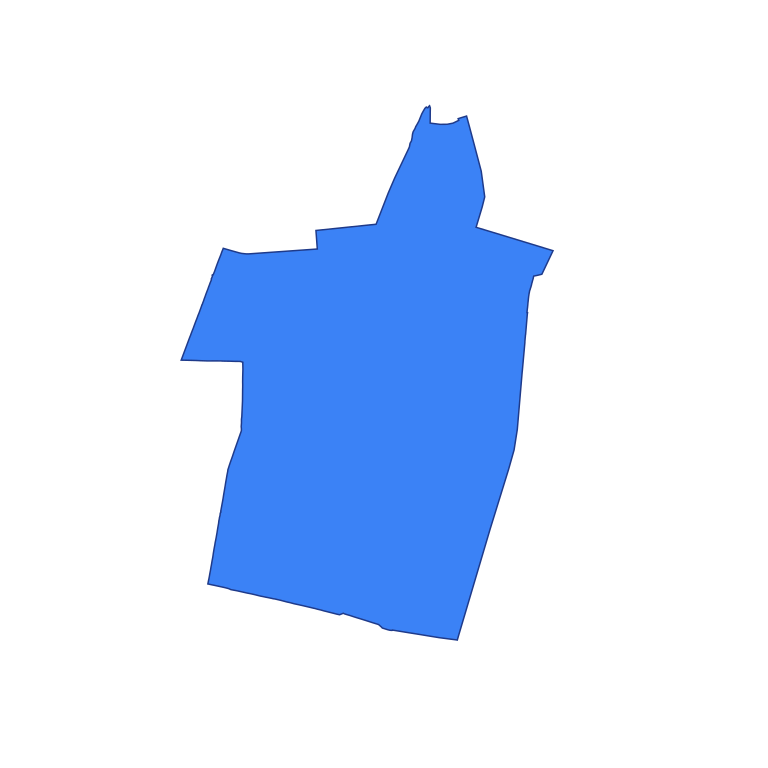 Gostavatu, Olt, Romania (orthographic projection), rotated 306°
{"feature_id": "2599482B62335692656317", "entity_name": "Gostavatu", "entity_type": "district", "adm_level": 2, "iso_a3": "ROU", "parent_name": "Romania", "parent_adm1": "Olt", "projection": "orthographic", "projection_center": [24.506, 44.061], "detail": "fine", "context": "isolated", "style": "filled", "palette": "blue", "viewbox_px": 768, "rotation_deg": 306, "n_neighbors": 0, "source": "geoboundaries", "source_scale": "gbopen_adm2", "svg_char_len": 4227}
<svg xmlns="http://www.w3.org/2000/svg" viewBox="0 0 768 768"><g transform="rotate(306 384 384)"><path d="M219.9,593.8L222.7,592.8L224.6,592.1L329.4,555.0L388.1,535.0L390.0,534.3L407.1,528.0L425.1,518.8L426.0,518.3L475.0,488.7L475.9,488.2L500.2,473.7L501.2,473.0L502.7,472.1L504.0,471.3L505.4,470.5L506.5,469.8L507.2,469.5L524.4,459.1L526.1,458.2L525.8,457.7L528.7,456.0L530.2,455.2L531.9,454.2L532.9,453.6L534.2,452.8L534.9,452.4L536.0,451.8L537.7,450.8L538.4,450.4L539.3,449.9L540.0,449.5L541.0,449.0L542.1,448.4L543.2,447.9L544.1,447.5L545.0,447.0L546.0,446.8L547.3,446.3L548.6,445.9L550.0,445.4L550.8,445.1L552.1,444.5L553.5,444.0L555.0,443.4L555.9,443.1L557.0,442.7L558.1,442.2L558.4,442.0L559.3,441.7L561.7,443.9L564.4,446.2L565.6,447.2L578.4,444.8L591.2,442.4L588.4,434.3L567.7,374.4L564.9,366.4L584.9,359.4L594.6,355.5L613.3,337.6L630.6,316.4L643.1,301.0L649.3,293.3L642.3,288.0L641.2,289.5L635.6,286.5L631.3,282.5L627.0,276.7L622.2,268.0L631.3,261.5L634.6,259.2L635.9,257.3L635.5,257.2L635.1,257.2L634.4,257.0L633.9,257.2L633.4,257.2L633.0,256.8L632.9,256.3L632.9,256.0L632.9,255.4L631.8,255.2L631.5,255.1L630.7,255.1L627.6,255.4L624.7,255.8L617.1,257.7L613.1,258.2L610.8,258.4L609.1,258.9L607.3,259.1L605.3,259.3L603.6,259.9L602.5,260.4L599.9,261.9L596.8,263.3L594.1,263.6L590.7,265.2L587.8,265.8L556.8,271.6L540.9,275.2L508.6,283.7L468.2,238.7L454.0,250.7L409.6,197.9L408.3,196.1L407.1,194.0L406.0,192.1L405.0,189.8L402.1,182.0L399.3,174.2L397.5,174.7L395.7,175.1L392.4,176.1L390.8,176.5L389.2,176.9L385.7,177.8L382.1,178.8L378.0,180.0L375.3,180.8L371.9,181.6L371.8,181.3L371.7,181.2L371.4,181.0L371.1,181.0L370.8,181.2L370.6,181.5L370.3,181.8L370.0,181.9L369.8,182.0L369.3,182.1L368.6,182.3L367.8,182.4L367.5,182.5L367.2,182.7L367.1,182.9L366.9,183.1L366.7,183.1L366.4,183.3L366.1,183.3L365.7,183.4L364.9,183.6L363.6,183.9L361.2,184.6L359.6,185.0L357.7,185.6L356.2,186.0L354.3,186.5L352.8,186.9L351.4,187.3L349.8,187.8L348.3,188.2L346.9,188.6L345.1,189.2L343.1,189.7L341.6,190.2L340.7,190.2L340.1,190.5L332.8,192.6L329.9,193.3L326.8,194.2L324.4,194.8L321.9,195.5L319.4,196.2L317.0,196.9L315.4,197.3L313.5,197.8L311.6,198.3L309.6,198.9L307.9,199.3L284.1,205.9L287.1,210.2L290.2,214.7L292.8,218.5L295.1,222.0L299.3,228.2L303.0,233.2L306.8,238.5L307.4,239.5L308.5,241.1L310.1,243.4L312.0,246.1L313.2,247.9L314.7,250.1L316.7,252.9L317.8,254.5L318.6,257.0L318.2,257.3L317.7,257.6L316.3,258.7L314.7,259.9L313.0,261.2L306.7,265.5L304.6,267.0L302.6,268.4L300.5,270.0L298.0,271.8L296.8,272.6L287.1,279.5L274.1,288.1L271.7,289.4L268.7,291.6L265.6,293.5L263.9,295.0L262.8,295.8L262.0,296.2L240.9,302.5L236.5,303.9L230.7,305.6L227.2,306.7L226.6,306.9L224.5,307.6L222.9,308.1L221.5,308.9L217.8,310.6L214.8,312.1L210.7,314.1L208.2,315.4L201.3,318.8L199.9,319.5L196.8,321.1L193.5,322.7L189.1,324.8L186.6,326.0L185.6,326.5L185.2,326.6L185.0,326.8L184.9,327.0L184.6,327.3L184.1,327.3L183.6,327.4L183.0,327.6L182.3,328.0L181.8,328.3L181.3,328.6L180.7,328.8L180.0,329.1L179.2,329.4L177.9,330.1L176.3,330.8L174.0,332.1L170.7,333.7L168.3,334.9L165.2,336.5L163.1,337.5L160.9,338.6L158.3,339.8L156.1,340.8L154.6,341.6L153.1,342.3L150.8,343.4L148.6,344.5L146.6,345.5L143.6,347.1L141.3,348.2L140.2,348.7L139.0,349.3L137.2,350.2L135.6,351.0L134.9,351.3L130.9,353.3L127.3,355.0L125.5,355.9L123.8,356.7L123.6,356.8L122.4,357.3L119.4,358.7L118.7,359.0L120.3,362.7L121.1,364.4L125.1,373.5L125.7,374.9L126.7,377.4L127.1,378.5L127.3,379.2L127.4,379.8L127.6,380.9L130.3,386.6L134.4,396.1L136.0,399.5L137.5,403.0L139.7,408.5L141.0,411.3L142.2,414.0L143.2,416.1L143.9,417.7L144.5,419.0L144.9,420.0L145.1,420.5L146.0,422.2L148.2,427.4L150.6,433.6L151.8,436.3L153.4,440.5L155.1,444.3L157.0,448.7L157.7,450.4L159.3,454.2L160.1,456.1L161.2,458.8L161.8,460.1L162.6,462.3L164.1,465.9L165.1,468.7L166.2,471.4L168.6,477.4L169.2,478.9L169.9,480.7L171.2,483.7L174.6,485.8L174.7,486.5L174.8,487.1L175.5,489.2L176.7,492.5L177.9,496.3L178.8,499.0L180.8,504.8L182.5,509.9L184.3,515.4L186.1,520.6L186.2,521.2L185.9,524.5L185.7,525.5L185.6,526.1L186.2,527.9L186.8,529.7L187.5,531.7L188.3,533.6L189.2,535.1L189.7,535.6L189.9,535.5L196.9,549.4L202.3,560.0L206.1,567.6L211.3,577.9L219.6,593.1L219.9,593.8Z" fill="#3b82f6" stroke="#1e3a8a" stroke-width="1.5"/></g></svg>